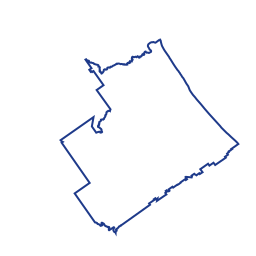 outline of Harvey, Western Australia, Australia, rotated 145°
{"feature_id": "25037944B91209319772795", "entity_name": "Harvey", "entity_type": "district", "adm_level": 2, "iso_a3": "AUS", "parent_name": "Australia", "parent_adm1": "Western Australia", "projection": "robinson", "projection_center": [115.844, -33.15], "detail": "fine", "context": "isolated", "style": "outline", "palette": "blue", "viewbox_px": 256, "rotation_deg": 145, "n_neighbors": 0, "source": "geoboundaries", "source_scale": "gbopen_adm2", "svg_char_len": 5626}
<svg xmlns="http://www.w3.org/2000/svg" viewBox="0 0 256 256"><g transform="rotate(145 128 128)"><path d="M200.7,55.1L200.0,55.0L198.8,55.0L198.0,54.9L196.9,55.0L196.6,54.9L196.4,54.6L196.4,54.3L196.7,54.1L197.5,54.0L198.2,53.1L198.6,52.7L198.7,52.4L198.8,51.9L198.8,50.9L198.8,50.6L198.2,50.1L198.3,49.2L198.0,49.6L197.6,50.0L197.1,50.5L196.6,50.4L196.4,50.6L196.1,50.5L195.9,50.8L196.0,51.4L196.0,51.8L195.2,51.9L194.9,51.9L194.2,51.7L193.9,51.8L193.7,51.9L192.9,52.0L192.1,52.4L191.8,52.3L191.5,52.4L191.2,52.2L190.8,52.2L190.6,52.3L190.2,52.3L189.8,52.1L189.7,52.2L189.5,52.3L189.3,52.4L188.6,52.2L187.9,52.2L154.0,52.5L154.0,54.1L147.7,54.0L147.7,54.8L145.9,54.8L145.9,53.4L144.4,53.4L144.9,53.0L145.2,52.1L145.7,51.7L136.2,51.6L134.7,51.5L134.7,53.4L133.2,53.5L133.2,54.8L132.2,54.8L132.2,54.4L131.8,53.4L131.0,52.8L130.7,52.7L130.1,52.7L129.9,52.9L129.9,54.4L125.3,54.4L125.2,53.3L120.1,53.3L120.0,53.0L118.1,52.9L116.2,53.0L116.1,53.3L110.5,53.3L110.5,52.2L109.0,52.2L109.0,54.8L108.6,54.8L104.2,51.0L103.2,51.8L103.2,52.5L100.0,52.5L99.8,51.5L99.4,51.0L99.1,50.0L95.6,50.1L95.6,49.1L92.3,49.0L92.4,52.8L82.9,52.8L82.9,50.5L77.9,50.5L77.8,47.7L64.9,47.6L65.0,48.8L61.5,48.8L61.5,50.2L60.7,50.2L60.2,50.4L59.4,50.4L59.4,50.9L59.1,51.1L57.7,51.1L57.1,50.8L56.1,51.0L55.0,51.0L55.2,51.6L46.8,51.6L46.9,53.3L47.4,56.0L48.7,61.6L49.4,65.2L50.0,67.4L51.3,74.7L51.4,76.7L53.5,93.1L54.2,100.0L54.6,105.4L55.3,111.8L55.4,113.3L55.4,114.3L55.8,118.0L55.8,121.5L55.7,123.6L54.7,127.7L54.7,130.9L54.1,137.0L54.3,138.9L54.1,140.8L54.2,141.8L54.0,143.2L54.1,144.4L54.0,145.7L54.2,146.9L54.2,151.2L54.1,154.5L53.8,159.8L53.8,161.5L53.6,162.6L53.6,170.3L53.5,171.9L53.1,175.4L52.8,176.6L52.1,178.6L51.3,180.5L50.8,181.5L50.6,181.6L50.4,181.5L50.7,181.8L50.9,181.6L51.7,181.7L52.2,182.2L56.5,182.1L57.1,182.7L57.8,183.8L58.2,184.0L58.5,184.0L59.2,184.6L59.8,184.8L60.8,185.1L61.7,185.0L62.7,185.0L63.3,184.9L64.0,184.5L64.5,184.0L64.8,183.5L65.0,182.4L65.0,180.9L65.3,180.0L64.8,178.6L64.8,178.0L65.2,177.4L65.5,177.2L66.0,177.2L67.0,177.4L67.6,177.4L67.8,177.5L68.2,177.9L68.5,178.4L69.6,179.1L69.7,179.5L69.7,180.5L70.1,180.7L70.7,180.7L71.6,180.1L72.3,180.1L72.4,179.8L72.4,179.1L72.5,178.9L72.8,178.8L73.2,178.8L73.3,178.9L73.4,179.1L73.3,179.8L73.5,180.0L73.8,180.1L74.2,180.0L74.8,179.5L75.7,179.1L76.4,179.1L76.7,179.6L77.1,179.7L77.8,179.5L78.0,179.1L78.5,179.2L78.8,179.8L78.9,180.3L78.8,181.0L79.0,181.3L80.5,181.2L81.0,182.1L82.4,182.5L83.3,183.7L83.5,183.7L83.9,183.4L84.1,183.6L84.3,183.5L84.5,183.3L84.6,182.9L85.1,182.6L85.1,182.1L85.4,181.9L85.0,181.4L85.3,181.1L85.9,180.9L86.1,180.8L87.0,181.0L87.1,180.9L87.1,180.7L87.4,180.9L87.7,180.9L87.7,181.1L87.8,181.2L88.2,181.0L88.5,180.6L88.7,180.8L88.9,180.7L88.9,180.8L89.2,180.5L89.7,180.5L90.0,180.8L89.9,181.2L90.4,181.2L90.9,181.5L91.0,181.5L91.2,181.1L91.8,181.1L92.0,180.7L92.3,181.0L92.7,180.7L92.9,181.1L93.3,181.3L93.6,181.2L94.2,181.8L94.7,182.0L94.6,182.5L95.3,183.0L95.7,183.0L96.3,184.0L96.8,184.3L97.4,184.5L98.1,185.6L98.9,186.3L99.3,186.6L99.7,186.7L100.3,186.7L100.5,186.8L100.6,187.2L100.8,187.2L102.0,187.1L103.0,187.3L103.7,187.3L104.5,187.6L106.2,187.5L106.7,187.7L106.9,188.1L107.3,188.2L108.3,187.8L109.2,188.8L110.2,189.2L110.5,189.1L111.0,188.4L111.7,188.1L112.0,188.2L112.7,188.5L112.7,188.8L113.3,189.4L113.7,189.5L114.4,189.5L114.7,189.3L115.3,188.5L115.7,188.3L116.3,188.2L116.7,187.9L117.3,187.9L118.3,187.7L118.5,187.8L118.5,188.3L118.1,189.7L118.2,190.0L118.8,190.2L118.8,190.6L118.6,191.1L117.8,191.5L117.7,191.8L117.6,192.4L117.2,193.0L116.7,193.3L116.4,193.7L116.3,194.2L116.4,194.6L116.4,195.0L116.6,195.4L116.7,195.5L116.9,195.5L116.8,195.8L116.4,196.2L116.3,196.5L116.5,197.0L117.7,198.2L117.9,198.6L119.0,199.8L119.0,200.1L118.9,200.2L119.0,200.6L119.3,201.2L120.1,201.9L120.4,202.6L120.6,202.8L121.2,203.0L121.4,203.2L121.8,204.1L121.7,204.7L121.5,205.4L121.6,205.7L122.2,206.1L122.5,206.7L122.9,207.6L122.9,208.2L122.9,208.3L123.6,208.4L123.6,197.9L126.3,197.9L126.3,195.3L125.2,195.3L125.2,194.4L123.6,194.4L123.5,177.1L131.9,177.1L131.6,153.4L131.8,153.1L132.3,153.0L133.0,152.3L133.1,152.6L133.8,152.9L134.3,153.4L134.6,153.4L135.2,153.2L135.6,153.4L135.8,153.3L136.4,153.3L136.7,153.0L136.9,152.8L137.2,152.7L137.5,152.1L137.7,151.9L138.3,151.5L138.6,151.6L139.3,151.5L139.5,151.3L139.8,150.6L140.8,150.1L141.9,149.8L142.4,149.2L142.5,149.2L142.9,149.2L143.4,149.1L143.5,149.1L143.7,149.6L144.1,149.7L144.5,150.0L145.0,149.9L145.4,150.2L145.7,149.6L145.9,149.5L147.1,149.3L147.9,149.4L148.2,149.3L148.7,148.3L148.9,148.2L149.1,148.3L149.2,148.2L149.3,147.9L149.6,147.9L149.7,147.7L149.9,147.5L149.8,147.2L150.0,147.0L150.4,147.0L150.7,147.2L150.8,147.2L151.1,147.0L151.1,146.9L151.5,146.8L151.9,146.1L151.8,145.8L151.5,145.5L151.3,145.1L151.1,144.9L151.1,144.3L150.8,143.4L150.8,143.1L150.6,142.7L150.6,142.0L151.2,141.2L151.3,140.2L151.5,139.6L151.8,139.5L152.2,139.5L153.2,140.0L153.3,140.1L153.2,140.6L153.2,140.8L153.5,141.3L153.8,141.5L155.5,142.1L156.7,142.4L156.7,150.0L150.0,156.7L190.2,156.7L190.0,155.2L189.4,154.0L190.8,154.0L190.9,105.0L209.2,105.0L209.2,69.6L208.5,69.0L208.5,68.8L207.9,68.0L207.9,67.6L208.0,67.2L207.9,66.8L207.7,66.5L207.5,66.4L207.3,66.2L206.6,64.8L206.6,64.3L206.7,64.1L206.5,63.5L205.9,63.3L204.9,63.1L204.4,63.5L204.6,64.4L204.4,65.2L204.1,65.4L203.7,65.4L203.4,65.0L202.7,63.4L202.8,62.9L202.7,62.3L203.0,61.7L202.8,60.9L202.3,59.9L202.1,59.9L201.9,59.8L201.7,59.2L201.5,58.5L201.3,58.3L201.0,58.3L200.7,58.2L200.3,57.7L200.4,57.2L200.7,57.2L201.2,56.9L201.3,56.6L201.7,56.0L202.1,55.7L202.2,55.4L202.1,55.1L201.8,55.0L200.7,55.1Z" fill="none" stroke="#1e3a8a" stroke-width="2"/></g></svg>